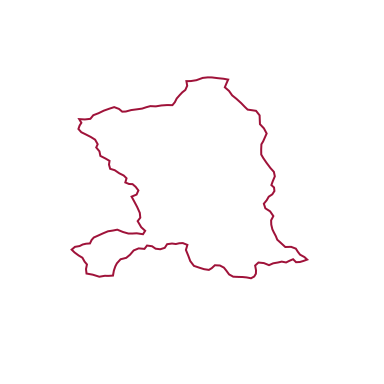 the district of Pratápolis, Minas Gerais, Brazil, rotated 114°
{"feature_id": "56859067B63533923209716", "entity_name": "Pratápolis", "entity_type": "district", "adm_level": 2, "iso_a3": "BRA", "parent_name": "Brazil", "parent_adm1": "Minas Gerais", "projection": "natural_earth1", "projection_center": [-46.849, -20.783], "detail": "fine", "context": "isolated", "style": "outline", "palette": "rose", "viewbox_px": 384, "rotation_deg": 114, "n_neighbors": 0, "source": "geoboundaries", "source_scale": "gbopen_adm2", "svg_char_len": 2558}
<svg xmlns="http://www.w3.org/2000/svg" viewBox="0 0 384 384"><g transform="rotate(114 192 192)"><path d="M74.6,204.7L75.7,209.2L77.5,214.7L79.2,220.3L80.8,224.1L83.4,228.6L88.1,233.5L91.2,238.3L93.0,242.2L96.9,239.6L101.5,239.6L104.9,241.4L108.3,242.6L112.8,244.0L117.0,244.2L120.6,245.2L122.8,250.3L125.4,255.2L128.5,259.9L130.5,265.0L133.1,268.2L136.1,271.5L138.9,276.0L141.9,280.9L145.4,285.2L147.0,288.4L145.8,292.5L146.1,297.6L149.7,301.6L153.6,305.7L158.0,309.4L162.0,313.4L166.5,314.6L169.3,319.4L171.3,324.7L173.8,321.2L176.9,321.7L180.6,321.4L182.4,317.5L182.6,312.4L182.9,306.8L183.6,301.8L186.7,297.6L190.3,297.6L192.5,293.1L196.3,290.4L196.6,284.6L197.1,280.0L200.7,279.0L204.1,276.2L203.5,271.5L204.5,266.0L204.7,261.1L206.1,257.4L210.4,256.8L210.3,252.8L209.0,249.5L210.2,245.6L212.4,241.6L216.9,241.6L220.8,245.3L224.4,240.6L228.0,236.0L232.3,231.2L236.5,228.8L240.7,229.8L244.8,224.1L246.5,219.0L250.5,219.6L252.2,225.7L254.1,229.4L255.8,233.1L256.6,238.8L256.8,244.9L259.4,248.6L262.1,252.8L265.9,256.4L270.3,260.3L273.5,263.2L276.7,264.2L280.5,264.3L282.3,267.7L284.4,270.5L287.1,272.7L289.7,276.6L293.6,278.5L295.0,274.7L296.1,269.7L296.6,265.4L299.3,261.8L300.9,258.5L305.5,257.5L309.4,255.2L307.9,249.1L307.1,242.2L304.1,237.7L302.4,233.8L300.5,230.2L295.6,231.4L291.1,231.8L287.7,231.6L282.5,229.9L278.9,225.3L274.5,223.1L269.1,221.5L265.2,217.8L263.3,212.3L259.2,211.3L257.8,206.4L258.6,202.2L257.2,197.7L254.1,194.2L249.8,193.5L247.2,189.3L246.1,185.6L244.0,182.8L242.4,179.6L242.2,174.7L247.4,174.0L251.8,169.4L255.8,165.5L258.7,160.2L258.2,154.8L257.6,149.6L256.3,144.9L253.6,143.0L249.6,141.3L247.8,136.6L248.1,132.1L249.8,128.8L252.2,124.6L252.6,119.9L251.0,115.8L249.1,111.2L247.8,107.3L246.8,103.0L243.9,100.8L240.7,100.4L237.6,101.6L233.5,104.4L229.4,102.6L227.7,97.4L227.5,91.9L224.1,88.8L221.5,84.9L219.1,81.7L218.1,77.4L215.0,74.8L212.3,72.3L213.8,68.4L212.1,65.0L209.7,62.2L206.9,59.3L205.7,62.8L205.3,67.8L203.5,71.1L201.5,74.1L201.8,79.2L204.3,84.4L202.3,90.4L200.9,94.7L198.2,97.5L195.6,100.8L193.4,103.4L189.6,106.3L185.7,108.2L180.9,107.9L177.9,112.8L177.1,118.3L173.5,121.6L169.1,120.4L165.1,120.0L161.5,117.7L157.6,117.1L154.5,118.9L153.4,122.3L149.3,122.6L144.0,122.7L140.3,125.4L138.2,130.1L134.9,136.0L132.0,140.7L129.6,144.0L125.0,146.1L120.2,148.0L116.9,147.6L112.8,147.6L108.2,147.6L104.6,152.2L102.4,157.5L98.4,159.5L94.5,161.4L91.8,166.5L93.1,171.2L94.1,174.7L92.8,178.3L90.8,183.2L88.8,189.3L87.4,194.6L84.6,199.3L83.0,204.6L79.0,204.7L74.6,204.7Z" fill="none" stroke="#9f1239" stroke-width="2"/></g></svg>